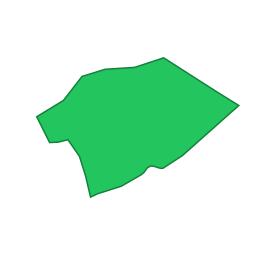 an SVG outline of Maracha, rotated 210°
{"feature_id": "UGA-3087", "entity_name": "Maracha", "entity_type": "District", "adm_level": 1, "iso_a3": "UGA", "parent_name": "Uganda", "parent_adm1": "", "projection": "mercator", "projection_center": [30.901, 3.252], "detail": "fine", "context": "isolated", "style": "filled", "palette": "green", "viewbox_px": 256, "rotation_deg": 210, "n_neighbors": 0, "source": "natural_earth", "source_scale": "10m", "svg_char_len": 449}
<svg xmlns="http://www.w3.org/2000/svg" viewBox="0 0 256 256"><g transform="rotate(210 128 128)"><path d="M43.3,202.9L67.1,131.3L77.6,110.6L79.7,109.3L86.7,107.7L89.4,106.3L91.3,103.3L92.0,97.2L93.1,94.3L104.6,74.4L121.4,55.9L125.9,49.4L140.5,65.0L155.8,79.1L174.1,87.8L181.4,80.8L188.6,76.2L212.7,92.1L197.7,119.6L193.6,149.7L177.2,167.4L152.6,183.8L132.2,206.6L69.1,203.7L43.3,202.9Z" fill="#22c55e" stroke="#15803d" stroke-width="1.5"/></g></svg>